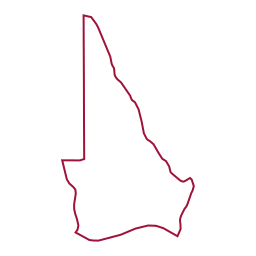 outline of Kouffo
{"feature_id": "BEN-2176", "entity_name": "Kouffo", "entity_type": "Department", "adm_level": 1, "iso_a3": "BEN", "parent_name": "Benin", "parent_adm1": "", "projection": "robinson", "projection_center": [1.816, 7.113], "detail": "fine", "context": "isolated", "style": "outline", "palette": "rose", "viewbox_px": 256, "rotation_deg": 0, "n_neighbors": 0, "source": "natural_earth", "source_scale": "10m", "svg_char_len": 1018}
<svg xmlns="http://www.w3.org/2000/svg" viewBox="0 0 256 256"><path d="M79.9,160.4L84.2,159.0L84.0,119.9L83.9,81.3L83.7,41.5L83.6,15.4L91.2,17.1L96.2,23.9L98.0,27.2L110.3,56.7L111.6,63.5L112.4,65.6L113.8,67.8L114.2,69.6L114.6,74.7L115.5,76.8L117.4,79.3L121.0,82.4L130.1,95.6L131.2,98.6L132.1,100.2L135.0,102.3L138.6,109.4L141.7,121.9L143.9,133.4L146.8,139.0L148.4,140.3L149.8,141.0L153.5,144.2L158.4,152.7L162.3,158.8L166.0,161.1L169.2,166.5L170.3,171.2L170.8,172.4L172.1,173.7L180.1,180.4L182.1,181.4L183.7,181.6L186.1,180.4L190.0,178.0L191.7,179.6L193.8,186.1L192.7,190.2L191.2,193.3L187.5,204.0L186.5,206.3L184.5,208.9L181.2,215.5L180.3,218.2L180.0,220.5L180.4,223.8L180.6,229.0L177.5,236.2L163.2,228.1L156.0,225.8L148.1,225.5L135.4,228.6L120.6,234.8L98.5,240.6L93.4,240.5L89.4,240.0L76.6,233.0L75.6,232.5L77.5,229.7L78.4,225.6L77.0,219.2L75.2,213.7L74.2,209.2L74.1,204.6L75.8,193.4L75.4,189.7L73.2,186.9L69.8,183.9L69.4,183.6L66.8,179.2L62.2,160.3L79.9,160.4Z" fill="none" stroke="#9f1239" stroke-width="2"/></svg>